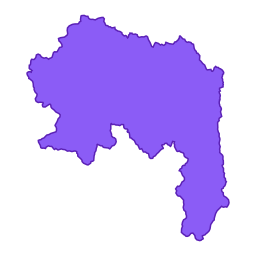 Espinar, Cusco, Peru (Robinson projection)
{"feature_id": "86281439B7669862240315", "entity_name": "Espinar", "entity_type": "district", "adm_level": 2, "iso_a3": "PER", "parent_name": "Peru", "parent_adm1": "Cusco", "projection": "robinson", "projection_center": [-71.342, -14.994], "detail": "fine", "context": "isolated", "style": "filled", "palette": "violet", "viewbox_px": 256, "rotation_deg": 0, "n_neighbors": 0, "source": "geoboundaries", "source_scale": "gbopen_adm2", "svg_char_len": 5776}
<svg xmlns="http://www.w3.org/2000/svg" viewBox="0 0 256 256"><path d="M81.0,16.0L80.5,19.5L80.8,21.2L79.3,22.1L78.7,23.5L77.9,23.9L74.4,24.0L72.3,24.4L69.2,25.9L67.5,27.9L67.2,30.4L67.7,33.6L67.2,35.0L64.5,37.1L60.5,37.7L58.5,38.5L59.0,41.0L60.3,42.1L61.8,44.3L62.1,46.6L61.6,47.0L59.5,47.5L57.2,51.7L55.8,52.0L54.8,51.7L53.5,52.5L52.1,57.2L50.4,58.2L49.4,58.4L48.7,59.2L46.2,57.6L44.0,58.2L41.4,57.0L40.1,55.0L38.1,54.1L36.4,54.9L35.8,57.5L34.4,59.3L33.9,59.5L31.6,59.3L30.9,60.7L30.5,64.3L30.1,65.0L29.3,65.2L29.2,68.3L29.7,69.0L30.8,69.4L32.0,70.6L31.3,70.9L31.2,72.2L29.6,71.6L28.3,71.9L27.2,72.7L27.0,73.8L27.5,75.3L28.9,77.4L28.8,78.5L29.6,78.8L32.6,81.3L33.2,83.5L33.4,86.8L34.2,87.8L34.1,89.7L35.1,92.0L37.1,94.2L36.8,96.1L35.3,98.8L35.8,100.7L36.3,101.5L38.2,102.5L40.0,102.2L43.0,102.5L43.2,103.3L42.3,104.9L42.8,106.5L43.2,106.9L45.2,107.0L49.3,104.3L50.2,104.3L50.8,105.1L51.0,107.0L51.9,108.3L54.0,109.9L55.9,112.0L59.0,113.6L60.2,114.9L59.9,117.0L58.2,118.7L57.2,121.4L55.1,125.2L55.1,125.7L55.9,126.7L56.5,128.2L56.5,130.4L56.0,131.8L50.4,133.6L49.5,134.4L46.7,135.1L43.9,138.0L42.1,138.6L40.9,139.7L39.5,139.9L38.3,140.4L38.5,142.1L40.3,145.4L40.8,147.6L41.9,148.2L44.0,148.1L45.5,148.5L46.2,147.1L48.5,145.8L49.9,146.4L51.7,146.4L53.9,149.1L54.6,149.5L55.8,148.5L58.0,150.0L61.3,148.9L62.7,149.4L65.1,149.7L67.3,151.1L69.6,150.9L71.9,151.6L74.4,151.0L75.6,151.1L76.8,151.8L76.8,153.2L77.7,154.0L77.8,156.1L80.8,158.8L82.0,160.3L82.1,161.6L83.6,163.2L87.1,164.8L88.1,164.9L90.6,163.2L91.0,161.6L92.7,161.2L93.7,160.5L94.1,155.8L94.7,153.9L94.6,152.8L95.9,150.8L96.3,148.3L97.0,146.5L97.1,144.5L97.4,144.3L100.5,145.7L102.3,145.9L103.0,147.0L104.0,147.5L108.4,148.0L109.6,148.9L109.9,148.8L112.2,145.9L114.0,145.4L115.4,143.8L116.2,141.8L115.7,139.0L114.4,137.8L113.0,137.4L111.6,136.1L111.5,134.0L110.2,130.6L110.8,129.0L110.8,124.1L111.3,123.6L112.3,124.5L114.3,124.3L115.8,125.0L118.2,125.1L119.8,125.6L121.4,124.5L123.5,124.6L123.9,127.5L124.5,128.4L125.4,128.9L127.1,129.0L127.9,130.0L127.9,130.8L127.2,131.1L127.2,131.4L127.6,132.2L129.1,132.5L129.5,134.1L129.9,137.7L131.3,138.1L132.4,139.2L134.3,140.5L136.0,144.1L137.9,145.1L139.6,149.0L140.1,149.2L141.7,148.7L143.4,152.0L145.5,152.0L146.8,153.1L148.5,153.6L149.4,157.6L150.8,158.5L152.7,158.3L153.4,156.7L155.3,155.8L157.1,153.5L158.4,152.5L160.2,150.4L161.5,149.2L163.2,148.5L163.3,148.1L161.8,145.5L162.1,144.8L163.9,144.7L164.9,143.4L166.8,143.3L167.6,144.6L169.3,145.3L170.4,146.4L171.0,145.8L172.6,141.4L174.5,141.8L174.0,143.4L174.6,144.6L174.5,146.6L176.7,151.0L177.7,151.5L179.6,151.0L180.3,151.9L183.3,153.0L183.8,153.7L184.2,156.0L185.4,157.3L187.8,158.5L188.1,159.0L187.9,160.8L186.8,162.9L185.5,163.6L184.8,165.4L183.6,165.3L182.6,165.8L181.9,166.9L181.8,168.1L180.0,169.1L179.2,170.7L180.9,171.4L182.5,175.3L184.4,177.6L184.4,179.9L183.6,181.0L182.0,182.0L180.6,185.0L179.6,186.1L179.0,186.4L177.5,186.2L175.6,188.9L176.7,190.8L175.9,193.0L177.2,195.2L178.1,196.0L180.1,196.2L183.6,200.1L183.5,202.5L183.9,204.4L183.2,207.3L183.9,210.1L185.7,211.7L185.9,214.2L186.5,215.8L186.4,217.8L185.1,219.0L183.6,219.8L182.5,222.2L182.0,224.7L182.6,226.0L181.6,228.8L181.4,232.4L183.9,234.7L184.5,234.8L185.9,236.2L186.6,236.3L187.5,236.3L189.0,235.7L191.0,233.3L192.9,233.1L194.8,235.4L195.4,238.2L196.8,239.8L199.7,240.6L201.0,240.3L201.8,239.5L202.9,239.1L203.2,238.5L202.4,236.8L202.4,235.8L205.2,234.7L206.3,233.4L207.2,232.9L209.1,230.9L210.0,228.9L210.7,224.6L213.0,221.0L214.2,220.0L214.3,218.2L215.6,213.6L217.1,210.8L221.6,206.3L223.2,207.2L226.0,206.7L226.7,207.1L227.1,206.9L228.6,204.3L229.0,202.7L228.5,199.8L226.4,197.5L223.8,196.0L223.2,194.2L223.3,192.8L222.0,191.6L221.5,189.9L221.9,188.8L223.2,188.3L223.6,186.9L224.8,185.9L225.5,184.3L225.8,182.6L226.4,181.8L225.5,180.6L225.4,178.6L224.2,177.2L224.1,174.7L224.5,173.3L223.5,172.1L223.5,168.3L222.7,167.2L222.2,165.7L222.2,165.2L223.2,164.6L223.4,164.0L223.3,160.3L222.9,159.6L223.0,156.5L222.5,155.2L219.7,152.5L219.9,150.8L219.6,149.1L220.2,146.6L219.2,143.8L219.2,142.7L219.9,139.8L219.8,138.2L219.1,136.5L219.2,133.6L218.3,132.0L217.6,129.2L217.8,127.7L217.6,122.7L218.2,121.5L219.2,120.7L218.9,119.8L219.2,118.3L221.7,116.4L220.5,111.8L221.4,109.0L220.9,107.4L219.8,105.9L219.6,104.4L219.3,103.8L219.2,101.8L219.6,100.9L219.4,100.1L220.0,99.8L219.9,97.2L220.3,95.8L219.9,93.9L219.3,93.0L219.2,91.6L220.3,91.0L219.5,89.4L219.6,88.2L223.1,86.8L222.9,86.0L223.3,84.6L222.9,83.7L223.3,82.6L222.6,80.8L222.6,79.2L221.9,77.6L222.5,76.0L222.6,74.4L223.5,73.9L223.7,72.3L222.4,70.2L220.6,68.9L219.1,68.4L218.4,67.5L216.6,67.3L215.7,66.4L214.2,67.8L213.7,69.8L212.6,71.3L211.6,71.1L210.9,69.4L207.2,69.9L206.3,69.0L204.7,65.1L202.7,63.5L201.0,61.3L199.5,59.9L199.8,55.7L197.8,53.2L196.9,53.3L196.6,53.0L196.2,51.3L195.1,50.3L194.2,48.4L193.5,44.3L191.5,43.5L191.1,42.6L190.6,42.4L188.4,41.9L187.7,42.3L186.9,42.2L185.5,41.1L184.7,39.3L182.9,38.9L180.2,36.0L179.6,36.1L179.1,38.6L178.6,38.9L178.5,39.6L177.3,40.5L176.5,41.6L174.6,42.1L174.1,43.2L173.0,44.2L169.4,43.7L165.9,42.3L165.6,42.8L165.6,44.0L163.9,45.4L163.5,45.3L161.8,44.3L160.4,45.0L158.4,43.4L155.7,42.5L154.9,43.2L153.1,47.1L151.7,46.5L150.1,42.6L148.4,39.6L147.6,36.9L146.6,36.1L145.7,36.1L144.0,36.9L141.4,36.8L139.1,37.4L137.7,36.4L137.2,34.7L135.2,34.0L134.2,34.3L133.0,34.2L132.2,33.8L131.9,33.1L131.1,33.4L130.0,33.0L129.6,34.3L128.6,35.1L128.3,37.1L127.6,37.9L126.1,35.7L125.6,35.5L124.2,35.9L123.3,35.2L122.1,34.0L121.8,32.6L119.8,31.4L117.8,31.0L115.2,29.4L114.8,27.3L112.7,27.8L111.4,27.7L110.3,26.8L108.8,26.8L107.8,25.7L105.8,25.4L104.6,22.6L103.8,21.5L104.3,18.8L103.1,17.4L101.4,17.5L98.1,18.3L95.2,19.9L92.8,19.3L90.8,19.4L89.4,18.9L88.7,18.2L87.9,16.3L86.1,16.3L84.2,15.4L81.6,15.6L81.0,16.0Z" fill="#8b5cf6" stroke="#5b21b6" stroke-width="1.5"/></svg>